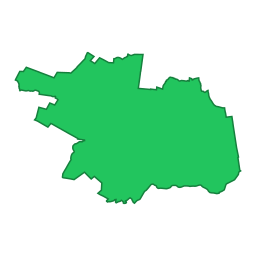 Ciumeghiu, Bihor, Romania (Robinson projection)
{"feature_id": "2599482B64169644321077", "entity_name": "Ciumeghiu", "entity_type": "district", "adm_level": 2, "iso_a3": "ROU", "parent_name": "Romania", "parent_adm1": "Bihor", "projection": "robinson", "projection_center": [21.631, 46.706], "detail": "fine", "context": "isolated", "style": "filled", "palette": "green", "viewbox_px": 256, "rotation_deg": 0, "n_neighbors": 0, "source": "geoboundaries", "source_scale": "gbopen_adm2", "svg_char_len": 5593}
<svg xmlns="http://www.w3.org/2000/svg" viewBox="0 0 256 256"><path d="M219.2,193.1L219.3,192.3L220.0,192.1L221.9,191.3L224.0,190.0L224.2,189.9L224.3,189.8L225.3,186.6L225.9,184.7L226.1,184.4L226.3,184.0L226.8,183.7L234.3,179.9L234.6,179.7L234.9,179.3L238.1,174.9L238.4,174.5L238.4,174.2L238.7,172.6L238.8,172.2L239.0,171.9L240.6,170.9L239.8,170.2L237.9,157.5L238.5,157.1L236.6,147.8L236.1,144.6L233.2,125.6L232.6,121.0L232.5,120.7L231.9,116.5L226.2,117.2L225.5,112.8L225.3,112.4L224.8,109.7L224.6,107.9L223.3,107.9L222.7,107.9L218.2,106.7L216.4,106.4L215.9,106.2L214.7,105.4L213.8,104.6L213.0,103.5L211.8,101.5L211.0,100.3L210.3,99.4L209.7,98.2L209.5,97.7L209.0,96.5L208.8,95.6L208.6,94.1L208.6,93.8L208.4,92.9L208.2,92.0L207.9,91.5L208.1,90.7L208.0,90.4L207.2,90.8L206.6,91.2L206.0,91.7L205.6,92.1L205.3,92.3L204.9,92.4L204.7,92.4L204.3,92.3L204.1,92.1L203.7,91.5L203.4,91.4L202.8,91.2L202.2,91.3L201.8,91.3L201.6,91.2L201.2,90.3L200.7,87.9L200.9,85.7L200.9,85.3L200.5,84.7L200.7,84.2L200.6,83.7L200.4,83.2L200.1,82.9L199.8,82.1L199.6,81.5L199.4,81.1L199.0,80.7L198.7,77.9L197.9,78.0L196.9,78.2L194.0,78.9L193.7,79.1L193.1,79.7L192.7,79.9L192.1,79.9L191.9,79.7L191.9,78.9L191.7,78.7L189.5,77.9L189.2,81.1L188.6,81.1L188.2,81.0L188.0,80.9L187.9,80.6L187.6,80.6L187.4,80.7L187.1,80.8L186.6,81.2L183.5,80.7L182.3,80.6L181.5,80.5L179.9,81.0L179.3,81.0L179.2,81.0L179.0,80.8L178.7,80.5L178.2,80.1L177.0,79.3L176.1,79.1L175.4,79.2L174.8,78.4L174.6,78.3L173.9,78.4L173.4,78.3L173.3,78.2L173.1,77.8L173.0,77.7L172.9,77.6L172.7,77.6L171.9,77.6L170.4,77.2L170.1,77.2L169.9,77.3L169.4,77.7L168.6,78.4L168.4,78.6L168.3,79.2L168.0,79.4L167.5,79.7L166.5,80.2L166.3,80.4L166.3,81.2L166.3,81.3L166.2,81.3L165.8,81.6L165.6,81.7L165.6,81.8L165.4,82.2L165.0,83.3L164.4,84.0L163.3,85.5L163.0,86.7L162.6,89.1L156.8,87.1L156.5,89.8L150.7,89.1L150.7,89.5L138.3,88.4L140.3,73.7L140.5,71.7L140.7,71.4L143.0,54.5L134.4,54.4L131.5,55.5L131.3,55.5L130.1,55.3L129.0,54.8L128.6,54.6L128.0,54.1L127.8,54.3L127.5,56.0L127.5,56.5L126.9,56.6L125.9,57.3L124.7,57.7L122.3,59.4L121.2,58.5L120.6,58.2L119.8,57.8L119.5,57.7L118.7,57.5L117.9,57.4L116.7,57.6L115.8,58.1L115.5,58.3L114.7,58.7L113.9,58.7L113.5,62.8L112.9,62.8L112.7,62.8L108.6,62.6L107.9,62.2L107.2,61.8L103.4,59.7L99.6,57.8L98.6,59.0L94.8,63.5L90.3,60.7L94.0,56.5L87.9,52.6L87.3,52.8L86.3,55.0L85.9,55.8L85.6,56.4L85.1,58.6L84.9,58.9L84.2,59.7L83.8,60.0L80.4,63.6L77.2,66.8L77.2,67.0L77.1,67.3L75.7,68.7L70.9,73.1L70.7,73.2L70.1,73.0L69.5,72.8L57.2,72.4L54.0,77.8L48.0,75.5L39.5,72.3L39.4,72.2L26.3,67.3L24.5,69.9L23.4,71.5L19.8,71.4L15.9,78.9L15.4,80.0L17.3,80.9L17.5,81.0L18.4,82.8L18.9,83.7L19.0,84.7L19.0,85.9L18.9,86.4L18.9,86.8L19.2,87.1L19.1,88.1L19.7,89.0L19.6,90.0L20.0,90.7L21.3,90.0L25.2,90.8L26.0,90.9L26.9,90.8L28.4,90.5L28.8,90.6L29.6,90.9L30.1,91.1L31.4,91.0L31.8,91.0L32.7,91.2L33.2,91.1L33.5,91.0L34.6,90.4L35.0,90.2L35.5,90.2L36.0,90.3L38.7,91.3L39.0,91.7L39.3,92.3L39.3,92.7L39.2,94.3L39.8,94.3L48.1,95.5L51.3,95.9L51.8,96.2L52.3,96.5L52.9,96.6L53.5,96.6L55.0,96.4L55.0,96.5L55.3,96.5L55.5,96.6L55.5,96.8L55.3,97.8L55.3,98.0L56.7,98.6L57.3,99.1L58.0,99.8L54.7,105.0L49.8,103.0L46.4,109.3L38.9,107.3L36.2,117.9L34.6,119.9L37.4,121.0L47.9,127.1L50.8,123.5L51.1,123.7L51.7,123.8L69.4,133.8L73.1,135.8L78.4,138.8L78.1,139.1L84.5,140.0L84.6,140.6L83.9,140.7L83.3,140.9L82.3,141.7L81.8,141.8L80.2,141.7L79.6,141.7L79.1,141.9L77.8,142.9L77.5,143.0L76.7,143.5L76.2,143.7L75.2,143.9L74.7,144.1L74.3,144.5L74.0,144.8L73.5,145.3L73.1,145.7L72.9,146.3L72.8,147.3L72.8,148.2L73.0,149.1L73.2,149.6L73.9,150.8L74.2,151.4L74.2,151.8L73.8,152.4L72.7,153.2L72.2,153.7L71.8,154.5L71.5,155.0L71.0,156.7L70.9,157.6L70.8,158.3L70.9,159.1L71.1,159.6L69.5,162.2L68.7,163.6L67.5,165.7L65.9,168.6L65.2,169.7L64.3,171.2L62.9,173.8L62.8,174.0L62.8,174.8L62.5,176.5L62.5,177.4L62.6,177.5L63.1,177.7L64.2,177.9L65.8,178.1L67.6,178.4L70.1,178.8L74.1,179.6L84.5,172.2L84.8,172.5L86.9,174.7L91.2,179.0L94.3,176.4L101.8,182.9L101.4,190.2L97.9,193.3L100.2,194.7L103.4,196.2L108.2,198.9L107.3,200.0L107.0,200.3L106.6,200.8L106.5,201.0L106.7,201.4L107.6,202.0L108.2,201.7L110.1,201.7L110.7,201.6L113.5,200.8L114.4,200.2L114.6,199.7L114.9,199.6L116.0,199.5L115.8,200.5L115.8,201.1L115.5,201.7L115.5,202.0L116.0,202.7L116.2,202.8L118.5,201.7L119.9,201.4L120.2,201.2L120.5,201.1L120.7,200.9L121.3,200.3L122.5,201.1L123.3,201.9L123.3,203.0L123.9,203.4L125.3,203.3L126.0,203.0L126.3,202.7L126.4,202.4L126.2,201.9L125.3,201.3L125.4,200.9L125.8,200.7L126.6,200.5L127.2,200.1L127.9,199.5L129.4,198.2L130.2,197.8L131.8,199.1L132.4,200.8L133.0,201.5L133.4,202.1L133.3,202.4L134.5,203.2L136.5,201.0L137.3,200.4L139.7,199.4L140.1,199.0L144.3,191.8L144.8,191.2L146.3,190.2L147.8,188.5L150.9,184.7L151.3,184.4L152.1,184.2L152.8,184.1L153.1,184.1L154.9,185.3L155.7,185.5L156.4,186.0L156.5,186.4L156.6,186.8L156.8,187.2L157.1,187.6L157.9,188.2L158.6,188.4L160.1,188.2L161.0,188.2L165.9,188.7L166.8,188.7L167.2,188.6L168.1,188.3L169.1,188.0L169.9,187.7L170.4,187.4L170.9,186.8L171.2,186.3L171.8,185.8L172.4,185.5L173.2,185.4L175.4,185.4L176.0,185.5L176.4,185.6L176.8,185.9L177.8,186.8L178.4,187.1L179.1,187.3L179.7,187.3L180.2,187.3L181.5,187.0L182.9,186.4L183.7,186.1L184.3,185.9L185.7,185.9L188.4,186.0L189.4,186.3L190.0,186.4L191.3,186.2L193.3,186.1L195.0,186.2L195.9,186.1L196.4,186.0L198.5,185.3L199.3,185.1L200.0,185.0L200.6,185.1L201.1,185.3L201.5,185.6L202.0,186.3L202.9,187.0L204.5,187.8L205.4,188.2L207.3,189.4L208.1,190.4L208.4,191.1L209.0,191.7L209.9,192.5L211.2,192.8L213.9,193.0L216.6,193.6L217.6,193.5L219.1,193.2L219.2,193.1Z" fill="#22c55e" stroke="#15803d" stroke-width="1.5"/></svg>